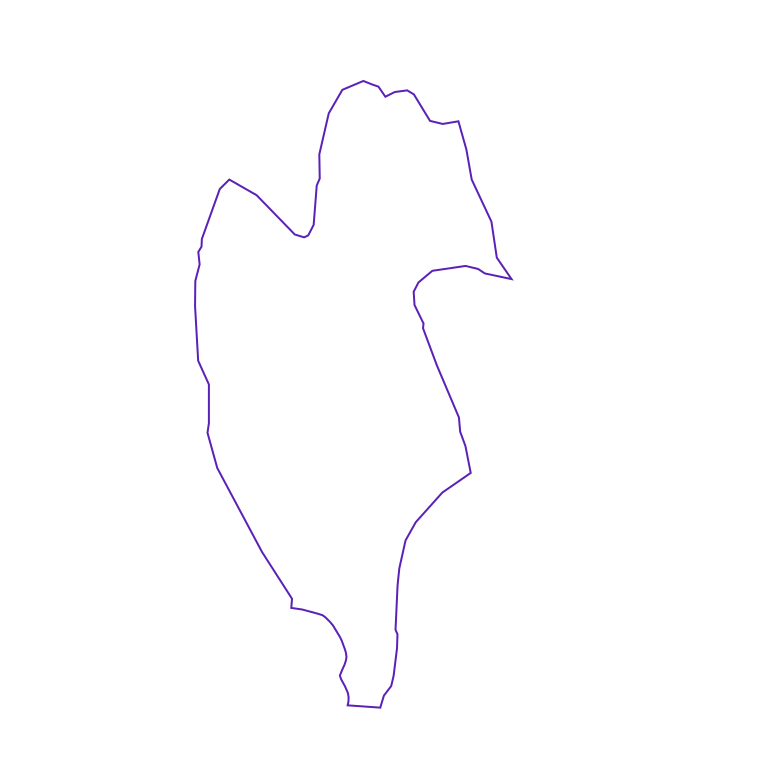 outline of San Juan La Laguna, Sololá, Guatemala, rotated 147°
{"feature_id": "79465075B17327710580812", "entity_name": "San Juan La Laguna", "entity_type": "district", "adm_level": 2, "iso_a3": "GTM", "parent_name": "Guatemala", "parent_adm1": "Sololá", "projection": "natural_earth1", "projection_center": [-91.312, 14.674], "detail": "fine", "context": "isolated", "style": "outline", "palette": "violet", "viewbox_px": 768, "rotation_deg": 147, "n_neighbors": 0, "source": "geoboundaries", "source_scale": "gbopen_adm2", "svg_char_len": 1258}
<svg xmlns="http://www.w3.org/2000/svg" viewBox="0 0 768 768"><g transform="rotate(147 384 384)"><path d="M402.4,639.7L415.5,637.0L457.8,604.8L462.2,598.6L467.8,595.9L473.5,584.7L486.1,573.2L500.0,552.3L527.2,504.7L531.1,479.0L552.2,446.5L558.6,439.2L569.6,404.3L577.8,309.5L578.1,254.0L583.7,246.7L575.5,239.5L564.7,227.5L561.5,223.6L560.4,220.8L559.0,214.7L558.3,209.5L558.5,203.1L558.7,196.0L559.2,191.9L561.2,183.2L562.2,179.6L564.2,175.4L566.7,172.7L570.1,170.0L575.1,166.8L579.8,163.5L580.7,160.1L581.0,156.6L581.4,151.5L582.5,144.8L584.2,140.7L586.7,137.1L589.5,134.3L563.4,114.6L553.8,122.7L542.4,126.8L534.9,134.0L517.0,155.3L509.0,166.8L508.2,171.6L482.4,207.6L471.6,221.0L451.1,241.1L432.6,250.8L394.2,261.2L359.7,262.2L349.5,287.6L346.1,302.5L339.4,315.1L329.5,370.9L320.9,409.5L317.9,413.2L315.4,433.6L308.9,445.2L299.8,450.4L281.8,452.6L251.3,438.6L242.4,429.2L239.2,421.8L219.9,402.5L220.6,428.5L205.5,461.6L199.1,507.7L187.2,535.8L178.5,563.8L193.1,570.1L202.1,579.6L201.2,610.6L204.6,617.6L215.9,623.0L226.4,624.2L226.7,636.4L230.6,641.4L236.3,649.4L258.7,653.4L282.9,641.1L313.2,611.8L326.0,591.3L332.3,587.1L356.3,555.8L366.6,549.9L371.1,550.5L377.4,558.0L388.0,611.7L402.4,639.7Z" fill="none" stroke="#5b21b6" stroke-width="2"/></g></svg>